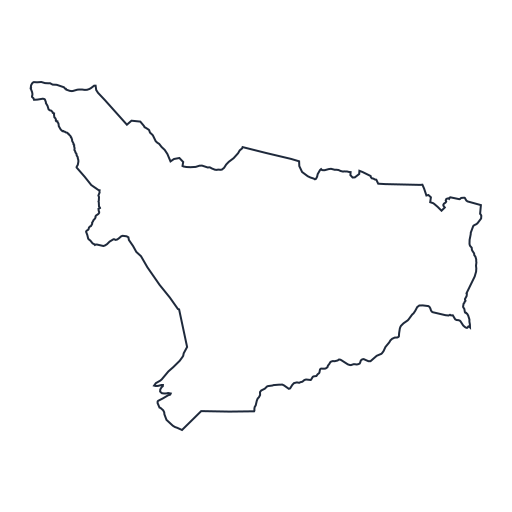 outline of Kintampo South, Brong Ahafo, Ghana
{"feature_id": "2480657B51466124780551", "entity_name": "Kintampo South", "entity_type": "district", "adm_level": 2, "iso_a3": "GHA", "parent_name": "Ghana", "parent_adm1": "Brong Ahafo", "projection": "robinson", "projection_center": [-1.864, 7.943], "detail": "fine", "context": "isolated", "style": "outline", "palette": "slate", "viewbox_px": 512, "rotation_deg": 0, "n_neighbors": 0, "source": "geoboundaries", "source_scale": "gbopen_adm2", "svg_char_len": 5928}
<svg xmlns="http://www.w3.org/2000/svg" viewBox="0 0 512 512"><path d="M173.3,367.1L168.4,371.4L161.8,379.3L160.3,380.6L155.9,383.1L154.1,385.6L155.7,386.0L158.0,385.9L161.5,385.0L162.9,385.0L162.8,386.2L161.6,387.2L160.3,389.4L160.1,391.4L160.6,392.1L161.9,393.2L164.2,393.5L166.7,393.4L168.1,393.0L170.7,393.5L170.2,394.6L168.1,395.3L162.7,398.5L158.2,400.8L157.8,401.2L157.6,401.7L157.6,403.1L159.5,407.6L160.5,407.9L163.2,410.3L164.2,412.3L164.4,414.3L166.5,419.9L172.8,425.7L174.9,427.0L177.2,427.8L182.0,430.0L201.2,411.1L229.4,411.6L254.1,411.3L254.4,410.6L254.4,408.6L254.7,407.0L255.7,405.4L256.8,400.7L257.7,398.5L258.9,397.3L260.1,395.0L260.0,392.1L261.2,390.5L264.8,388.7L267.0,386.5L268.0,386.1L272.5,385.5L273.5,385.1L278.7,384.7L282.3,384.6L284.0,385.4L288.8,388.8L290.1,388.4L292.3,384.9L294.0,383.1L296.9,382.4L299.2,382.8L300.4,382.2L302.4,381.7L304.4,380.0L306.1,379.5L310.7,380.0L311.1,379.6L312.8,376.8L313.6,376.4L316.4,376.0L317.6,374.3L319.1,373.1L319.4,372.6L320.0,369.5L320.6,368.8L321.2,368.6L324.0,368.7L325.2,368.6L326.3,368.1L327.5,367.1L327.9,365.7L329.4,363.8L330.2,362.3L330.9,361.7L332.6,361.1L334.7,361.2L337.6,360.5L339.0,359.5L340.4,359.7L341.5,360.3L347.9,364.4L349.8,365.0L350.9,365.1L353.6,364.2L354.6,364.2L356.8,364.5L358.5,364.1L359.7,363.5L360.2,362.5L360.7,360.8L361.2,360.1L362.0,359.5L363.3,359.1L363.9,359.2L368.4,361.2L370.5,361.2L376.7,355.8L381.4,353.8L382.0,353.2L383.5,351.2L385.5,346.9L389.3,342.3L390.4,340.4L392.1,338.8L394.7,337.6L397.3,337.5L398.5,336.9L398.9,336.3L399.1,333.3L399.8,328.7L400.3,327.1L401.0,325.8L403.5,323.3L407.7,320.4L408.6,319.4L412.2,314.5L413.5,313.4L415.2,310.9L417.2,307.1L419.3,305.5L422.8,305.4L428.4,306.1L429.4,306.8L430.3,308.3L431.0,310.5L431.9,311.7L432.7,312.2L445.5,315.2L448.6,315.5L450.0,314.8L451.0,315.4L452.8,315.3L455.2,319.3L456.5,320.0L458.6,320.2L459.9,320.7L460.5,321.3L463.2,325.5L464.9,327.0L466.1,327.7L467.0,327.9L467.5,327.6L468.4,326.4L468.9,326.3L470.0,327.4L469.9,324.4L469.4,321.7L469.4,319.4L468.2,315.6L467.2,313.8L466.6,313.5L466.2,312.8L465.4,312.8L464.9,312.1L464.3,308.9L463.2,307.2L463.1,306.5L463.6,303.6L464.5,302.6L464.7,301.6L465.5,300.8L465.0,299.6L465.0,299.0L466.6,296.1L466.9,293.8L466.5,293.3L474.7,276.5L476.1,271.6L476.3,268.4L476.0,265.7L476.4,262.5L476.2,261.1L476.2,259.4L475.4,256.6L474.3,255.2L474.1,253.4L472.3,250.7L471.9,249.8L471.7,247.7L470.1,245.9L469.7,244.9L469.5,243.8L469.6,239.8L470.7,234.3L470.8,232.6L473.1,226.4L473.5,225.7L474.6,225.0L476.5,224.1L477.7,223.0L481.1,218.5L481.3,215.8L480.8,214.6L480.1,213.8L480.9,205.1L467.5,201.4L466.3,200.5L464.8,197.9L464.3,197.7L461.6,197.9L460.8,198.2L460.0,199.0L459.4,199.2L450.3,197.3L449.9,197.5L449.1,198.9L448.3,198.3L446.4,198.9L445.7,200.4L446.2,201.6L445.5,202.6L443.9,203.7L443.3,204.9L443.4,205.7L444.8,207.5L441.5,210.7L437.7,206.9L434.2,203.9L433.2,203.2L430.2,202.2L430.9,197.3L428.4,195.0L426.4,195.5L424.1,188.6L422.4,184.7L420.4,184.9L385.3,184.1L378.2,183.7L376.3,179.7L374.9,179.5L373.4,178.6L371.8,178.3L370.9,177.2L370.6,176.0L362.5,172.0L359.4,170.8L359.2,174.0L354.8,177.4L352.6,177.5L350.4,175.1L350.6,172.1L349.1,172.0L347.2,171.5L343.8,171.4L343.1,171.6L340.6,171.0L338.5,170.0L336.0,169.7L334.9,169.8L331.0,168.8L328.7,169.1L324.7,170.2L322.9,170.2L321.9,170.0L321.1,169.1L320.0,170.1L317.7,174.1L317.1,176.7L316.0,178.8L314.9,179.3L313.8,178.6L310.4,177.5L307.7,176.2L302.1,172.0L299.3,166.1L299.1,161.3L291.0,158.9L266.1,153.0L242.6,147.1L242.1,148.4L239.7,150.4L238.1,153.2L233.6,158.2L228.8,161.8L226.2,164.5L224.1,167.8L221.9,169.6L220.4,169.8L218.2,169.6L216.6,169.9L214.9,169.7L211.7,168.4L210.2,167.5L209.3,167.3L207.8,167.5L202.0,165.6L199.5,165.7L195.7,166.9L190.5,167.2L186.3,167.0L183.6,166.5L182.5,166.0L183.2,162.0L179.4,158.0L174.0,159.0L170.5,161.4L167.4,154.0L164.7,149.9L161.6,147.0L159.2,143.9L157.3,142.7L155.7,141.2L153.0,135.6L152.5,134.9L150.0,132.6L149.1,130.1L148.7,129.7L145.3,127.5L144.6,127.3L143.9,125.9L140.3,121.6L131.5,120.7L126.9,124.7L104.8,100.0L98.0,92.8L96.2,90.0L95.6,85.7L94.1,85.7L91.1,88.0L89.4,89.0L87.0,89.8L84.6,89.9L82.0,89.5L79.4,89.5L77.3,89.7L72.8,91.0L71.5,91.1L69.6,90.8L66.2,89.6L65.9,88.8L65.0,88.6L64.1,87.4L63.5,87.1L56.7,84.8L52.6,84.6L50.0,83.2L48.8,83.3L45.0,83.1L41.3,82.0L37.1,82.3L33.8,82.1L33.0,82.5L32.1,83.4L31.1,85.3L30.7,88.2L31.0,88.2L30.9,88.9L32.1,92.1L32.4,93.8L32.4,95.0L32.0,96.2L32.1,97.0L33.5,98.3L34.0,99.8L37.4,99.6L42.9,98.7L44.4,99.1L44.9,99.5L45.9,102.2L45.9,103.1L47.5,105.8L48.6,109.4L49.8,110.3L51.3,110.7L52.7,112.3L52.8,112.9L54.1,113.4L54.0,114.7L54.4,117.4L55.3,118.2L55.7,119.0L56.0,120.0L55.8,120.6L56.2,121.2L57.4,121.3L57.6,122.4L58.2,123.0L58.5,123.7L58.8,126.2L60.7,129.5L62.5,131.2L63.3,131.0L64.2,131.7L64.8,131.7L66.0,132.5L67.1,132.7L67.6,133.0L68.3,134.0L69.0,134.3L69.4,135.1L70.2,135.7L70.8,136.6L70.9,137.3L71.3,137.5L72.1,139.7L72.1,140.8L73.6,143.7L73.5,144.4L74.2,145.1L74.1,146.3L74.6,148.2L74.4,150.0L75.2,151.3L75.5,152.6L76.4,153.7L76.7,155.5L77.7,157.1L77.8,158.3L78.3,159.9L78.4,161.6L77.8,164.8L76.7,166.7L76.6,167.5L84.7,176.8L91.3,185.1L98.4,190.0L99.6,190.3L99.4,191.0L99.6,192.5L98.4,195.5L99.0,197.0L98.8,200.8L98.5,201.5L98.8,202.3L99.0,206.5L99.9,207.6L100.0,208.0L98.5,208.8L98.7,210.8L99.2,212.1L99.1,212.9L98.3,214.0L96.1,215.5L95.5,216.4L95.5,217.5L95.0,218.5L93.3,220.4L93.1,221.2L92.1,222.7L92.2,223.8L91.5,225.1L90.9,226.1L90.1,226.4L89.0,227.5L88.5,229.3L88.1,229.8L86.8,230.6L86.2,231.3L86.1,231.8L87.3,235.0L88.2,238.7L89.6,240.1L90.2,240.4L92.6,243.4L94.2,244.2L94.9,245.0L95.7,244.5L96.8,244.5L103.4,246.0L104.9,245.5L107.0,244.2L109.6,241.6L113.4,239.3L114.0,239.2L115.6,239.9L117.2,239.5L118.8,238.4L121.2,236.3L122.6,235.8L126.6,236.3L128.4,237.3L128.9,240.0L133.1,246.1L136.3,251.9L141.0,256.2L147.4,267.3L159.6,284.9L169.8,297.5L177.9,309.0L179.1,309.4L187.1,347.0L183.7,353.3L183.2,355.8L182.6,356.8L179.7,360.8L173.3,367.1Z" fill="none" stroke="#1e293b" stroke-width="2"/></svg>